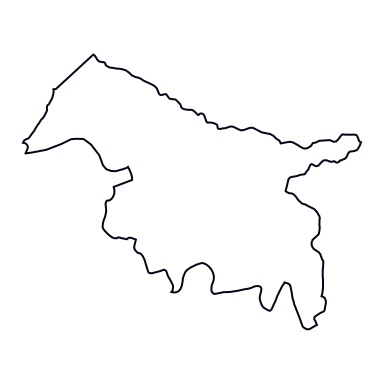 Desruisseaux, Micoud, Saint Lucia (Robinson projection)
{"feature_id": "8701671B99321727283863", "entity_name": "Desruisseaux", "entity_type": "district", "adm_level": 2, "iso_a3": "LCA", "parent_name": "Saint Lucia", "parent_adm1": "Micoud", "projection": "robinson", "projection_center": [-60.935, 13.796], "detail": "fine", "context": "isolated", "style": "outline", "palette": "ink", "viewbox_px": 384, "rotation_deg": 0, "n_neighbors": 0, "source": "geoboundaries", "source_scale": "gbopen_adm2", "svg_char_len": 6004}
<svg xmlns="http://www.w3.org/2000/svg" viewBox="0 0 384 384"><path d="M316.9,325.0L315.6,321.5L314.3,319.4L314.3,317.7L314.8,316.7L317.3,315.0L320.5,312.9L323.0,311.8L324.0,311.1L324.6,310.1L325.9,302.5L325.8,300.7L324.8,298.1L323.1,296.8L321.5,296.3L322.2,293.7L322.7,290.8L323.0,287.3L323.0,279.9L322.7,276.2L322.7,270.2L323.1,267.0L323.3,261.3L322.0,259.1L320.3,254.2L318.7,252.2L313.8,249.0L312.1,246.5L311.6,244.3L311.5,243.1L312.6,239.8L317.1,235.8L318.8,233.9L319.5,230.2L319.7,227.3L319.4,224.8L319.5,220.4L319.8,218.2L319.3,216.0L317.1,212.3L314.5,209.3L312.1,208.0L307.7,205.9L305.4,204.4L303.2,204.0L301.8,203.3L299.0,200.8L297.7,199.3L295.9,196.6L293.4,194.1L291.8,193.5L288.5,193.0L287.1,192.2L285.6,191.2L288.5,179.3L289.8,177.7L291.7,176.9L295.3,176.4L297.6,175.8L300.1,174.9L304.7,174.2L306.8,171.2L308.4,169.3L310.3,164.8L311.6,164.1L312.9,164.6L314.7,165.7L316.4,166.2L317.8,165.8L318.6,165.4L320.8,162.9L322.9,160.9L324.5,160.2L327.0,160.4L329.6,161.5L331.7,161.8L334.3,161.2L335.6,162.2L336.8,162.6L338.4,162.2L340.3,160.3L341.4,160.3L342.6,159.6L344.4,159.0L345.2,158.5L346.8,156.7L348.1,153.5L349.1,152.1L350.1,151.6L353.9,151.1L356.7,150.2L358.2,148.4L359.9,145.4L361.0,142.2L360.3,142.1L359.1,141.1L358.1,138.1L356.6,135.1L354.0,134.6L349.7,134.7L346.2,134.7L342.4,134.4L340.8,135.8L338.9,138.6L336.3,141.4L333.6,141.8L331.1,140.6L329.7,140.1L319.3,140.8L317.1,141.9L314.7,142.8L312.8,143.1L311.1,145.8L308.1,147.8L306.1,148.5L304.3,148.5L303.2,148.3L300.8,147.0L297.0,144.6L292.9,142.4L290.6,141.8L289.0,141.9L285.0,142.6L280.7,143.4L279.6,140.9L275.8,138.3L273.6,135.9L271.8,134.9L269.9,133.9L268.2,133.7L261.6,132.3L253.7,128.2L252.2,127.7L249.7,127.9L244.2,129.9L241.5,130.4L239.3,129.7L233.5,126.9L232.5,126.6L231.6,126.5L230.4,126.5L225.8,128.0L224.3,128.3L223.0,128.3L220.8,128.9L219.7,128.9L218.8,128.8L218.0,128.5L217.6,127.6L217.5,126.4L217.3,125.3L216.9,124.7L216.1,124.2L213.9,123.2L212.4,122.8L211.1,122.6L209.9,122.5L207.6,122.6L207.0,122.3L206.6,121.9L206.3,121.2L204.5,116.2L203.7,114.7L202.8,113.8L201.8,113.6L200.9,113.5L200.0,113.6L198.7,114.9L198.1,115.0L197.3,114.3L194.8,111.8L193.3,110.6L192.1,110.0L190.9,109.8L188.1,109.8L184.5,109.3L182.8,108.6L181.7,107.8L181.1,106.9L181.0,106.3L180.7,105.3L180.2,104.2L177.5,101.4L176.8,100.6L175.7,99.7L174.5,99.3L172.3,99.2L170.7,99.0L169.9,98.7L169.1,98.2L168.4,97.3L166.8,94.9L166.0,94.3L165.2,94.0L164.3,94.3L163.3,94.7L160.7,95.0L160.1,94.8L159.4,94.3L158.9,93.5L158.6,92.9L157.9,90.9L157.4,89.6L156.2,87.6L155.3,86.7L154.4,86.0L153.2,85.2L148.5,82.9L144.7,81.2L143.3,80.5L140.9,78.8L138.6,77.7L135.9,77.2L134.3,76.5L132.7,75.8L131.8,75.3L129.6,73.1L128.7,72.4L126.1,70.5L123.7,69.6L120.3,68.9L119.2,68.7L116.4,68.6L115.2,68.4L113.9,68.1L113.1,67.8L112.2,67.9L109.8,67.5L108.7,67.1L107.8,66.6L106.0,65.4L105.6,64.8L105.3,63.6L104.7,62.6L103.2,62.1L102.2,62.1L99.3,61.5L98.4,61.0L97.3,59.6L95.1,56.1L94.7,55.7L93.3,54.6L55.8,89.1L53.4,89.3L53.6,90.2L53.6,92.3L53.2,94.4L52.3,97.8L51.6,99.3L49.5,103.0L49.1,104.0L47.7,105.1L47.3,105.5L46.9,107.2L47.0,110.6L46.8,110.9L46.4,111.9L44.7,115.3L44.0,116.3L43.3,117.7L42.8,118.1L40.8,120.2L39.1,123.1L38.2,124.2L36.6,126.6L35.8,128.0L35.3,128.7L34.4,130.5L31.2,134.7L29.0,137.9L28.5,138.3L27.1,138.8L25.1,139.8L24.3,140.3L23.9,140.9L23.3,142.1L23.0,142.8L24.7,143.1L25.5,143.4L26.1,143.8L27.3,145.2L27.8,146.6L27.8,147.8L27.4,149.2L25.6,153.1L25.6,153.4L32.1,152.5L46.2,149.8L60.9,144.2L71.2,139.2L76.4,138.8L83.5,139.0L90.9,144.4L99.2,155.1L103.0,165.3L106.3,169.2L111.2,171.0L115.7,171.2L122.9,169.2L127.1,167.7L128.0,166.9L129.0,168.7L130.8,173.0L132.1,177.2L132.0,180.0L113.7,186.9L113.7,187.6L114.3,189.3L114.4,191.8L114.3,193.6L113.8,195.0L112.5,197.7L111.4,199.0L109.5,200.4L107.1,200.6L106.4,201.2L105.7,202.9L105.6,204.7L106.0,207.9L106.2,211.3L105.3,216.0L103.3,221.5L102.7,225.2L102.7,227.5L103.6,229.3L104.9,231.0L108.5,234.7L111.9,237.2L113.9,238.1L116.6,238.3L118.1,237.4L119.6,237.6L122.5,238.4L124.2,238.6L126.6,239.3L128.4,238.0L129.2,237.7L131.0,237.8L133.4,238.6L135.9,239.6L134.3,246.0L134.2,247.0L134.2,247.8L134.5,248.9L135.0,250.0L137.1,252.3L138.1,253.0L140.2,253.4L141.1,254.1L142.1,255.3L143.0,256.6L144.0,258.6L144.9,260.9L145.3,262.2L145.6,263.5L146.8,267.2L147.8,270.8L148.2,271.8L148.8,272.6L149.7,273.1L150.9,273.2L152.6,273.2L153.6,272.8L156.3,272.1L160.6,271.0L161.8,270.4L163.6,269.8L164.5,269.9L165.4,270.3L166.0,270.9L166.4,271.6L166.8,272.5L167.3,274.2L168.0,276.1L170.7,280.8L172.2,283.8L172.7,284.8L173.0,285.6L173.1,286.7L173.0,288.0L172.5,290.6L171.4,292.0L172.9,292.3L174.1,292.4L175.2,292.4L176.1,292.2L177.2,291.9L178.8,290.9L179.5,290.2L180.2,289.3L181.0,287.8L181.6,286.3L182.0,284.9L182.2,283.3L182.6,281.6L182.9,278.7L183.1,277.5L184.2,274.5L185.4,271.9L186.4,270.7L187.1,270.0L189.8,268.0L190.8,267.4L193.9,265.9L195.9,264.9L197.5,264.3L200.1,263.5L201.3,263.2L202.3,263.1L203.3,263.2L206.1,264.4L208.7,266.4L209.4,267.2L211.4,269.5L212.9,272.6L213.7,275.2L213.8,276.1L213.9,278.3L213.7,279.6L213.3,281.1L212.9,282.3L211.8,285.2L211.6,286.6L211.5,287.6L211.4,289.9L211.6,291.1L212.2,292.3L212.9,293.2L214.0,293.8L214.5,293.9L216.7,293.6L222.3,292.5L223.3,292.1L226.7,292.1L231.4,291.8L233.4,291.4L237.1,290.9L239.1,290.5L243.4,289.5L248.4,288.7L251.1,287.9L254.7,286.4L257.0,286.0L259.0,286.2L259.8,286.6L260.6,287.0L261.1,287.7L261.4,289.0L261.0,292.0L260.1,295.0L259.8,296.7L259.7,298.1L260.0,299.8L260.5,301.8L261.8,305.2L263.2,307.2L264.2,308.0L268.4,310.4L269.5,310.8L270.1,310.7L270.5,310.5L271.6,309.2L274.5,302.9L275.8,300.2L276.7,297.6L277.3,295.9L278.3,294.2L278.6,293.1L280.5,289.5L281.2,288.0L282.7,285.3L283.8,283.9L284.6,282.4L285.6,282.8L287.7,283.4L289.2,284.2L289.9,285.0L290.3,285.9L290.6,286.9L291.6,292.0L292.0,294.3L292.2,296.1L292.4,297.4L293.2,300.2L293.6,301.5L294.2,304.1L296.1,309.0L298.4,314.8L299.9,318.9L300.5,320.5L301.7,324.0L302.7,326.4L303.3,327.2L305.4,328.6L307.0,329.3L308.0,329.4L310.1,328.8L315.9,325.4L316.3,325.3L316.9,325.0Z" fill="none" stroke="#020617" stroke-width="2"/></svg>